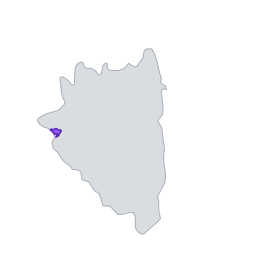 Bosnia and Herzegovina, with Brčko Distrikt highlighted, rotated 221°
{"feature_id": "BIH-4803", "entity_name": "Brčko Distrikt", "entity_type": "state/province", "adm_level": 1, "iso_a3": "BIH", "parent_name": "Bosnia and Herzegovina", "parent_adm1": "", "projection": "natural_earth1", "projection_center": [18.842, 44.819], "detail": "fine", "context": "in_parent", "style": "filled", "palette": "violet", "viewbox_px": 256, "rotation_deg": 221, "n_neighbors": 0, "source": "natural_earth", "source_scale": "10m", "svg_char_len": 2183}
<svg xmlns="http://www.w3.org/2000/svg" viewBox="0 0 256 256"><g transform="rotate(221 128 128)"><path d="M201.5,74.6L201.9,75.9L200.9,80.2L199.1,84.8L196.1,89.6L193.0,94.2L192.1,96.6L191.9,100.4L191.5,103.4L192.0,105.1L193.0,106.6L196.5,107.8L201.2,110.8L205.2,114.8L210.3,119.3L211.9,120.9L211.9,122.7L210.4,124.0L206.0,124.5L201.5,124.2L199.7,123.7L198.1,124.2L197.1,125.3L197.6,126.5L202.3,131.9L207.8,139.7L208.1,143.1L207.4,145.7L206.2,147.6L203.9,147.3L202.2,145.8L199.6,145.9L197.5,146.3L194.9,149.2L193.6,149.0L191.3,149.5L189.9,150.0L187.6,149.2L185.2,148.7L184.2,149.5L183.8,151.2L185.2,154.2L188.0,158.9L187.6,162.5L185.5,162.9L183.5,159.9L181.8,159.4L179.8,159.5L175.4,163.0L172.1,165.9L171.3,168.0L170.1,170.2L169.8,171.8L169.9,177.2L163.9,178.1L162.7,178.8L161.9,180.5L162.4,187.4L162.9,191.1L166.3,196.8L166.4,198.6L165.9,199.8L163.5,202.1L162.4,202.9L161.6,203.2L157.6,201.7L155.7,201.0L147.8,195.9L144.3,193.1L138.8,189.4L135.4,187.3L133.7,184.2L131.0,183.4L127.8,184.4L124.2,182.2L126.7,181.0L127.4,179.8L127.1,178.4L125.9,176.4L116.2,167.7L111.4,161.8L110.7,159.7L110.6,154.0L109.5,152.7L102.4,150.1L94.4,142.8L86.2,135.6L85.1,133.6L80.9,128.1L75.8,123.2L71.7,120.0L68.3,116.4L64.6,111.4L62.7,103.9L61.1,97.1L59.9,94.5L57.6,93.6L50.3,85.6L44.1,81.0L44.2,76.0L45.4,67.7L46.6,58.2L48.2,56.9L51.0,56.2L54.3,56.5L57.1,57.6L62.6,64.1L65.8,66.6L68.5,67.6L71.7,64.9L75.6,59.1L78.9,56.1L90.2,57.2L95.8,52.8L104.8,58.6L108.5,59.5L110.6,58.7L113.4,59.0L119.7,60.7L121.2,61.4L123.1,61.3L127.8,59.1L129.3,59.3L134.7,63.8L137.3,63.8L140.6,61.9L142.7,60.3L148.8,61.5L152.3,60.7L155.2,60.7L158.4,61.4L161.3,62.4L164.1,63.3L171.6,63.8L175.3,66.6L176.7,69.3L176.8,71.0L177.1,72.8L179.2,74.5L183.8,75.5L186.6,75.3L188.2,75.2L192.1,73.6L196.6,72.8L200.0,73.7L201.5,74.6Z" fill="#d9dde1" stroke="#a8b0b8" stroke-width="1"/><path d="M179.5,74.9L180.2,75.3L181.5,75.7L185.2,75.6L185.3,76.7L184.6,77.1L183.6,77.6L182.9,78.5L182.4,80.0L181.4,80.7L179.2,80.8L178.5,81.3L177.8,82.2L176.5,82.1L176.2,81.1L176.0,78.9L175.4,76.6L176.3,74.0L176.7,74.4L176.9,75.1L176.8,76.2L176.8,76.8L177.9,76.8L179.2,75.8L179.4,75.1L179.5,74.9Z" fill="#8b5cf6" stroke="#5b21b6" stroke-width="1.5"/></g></svg>